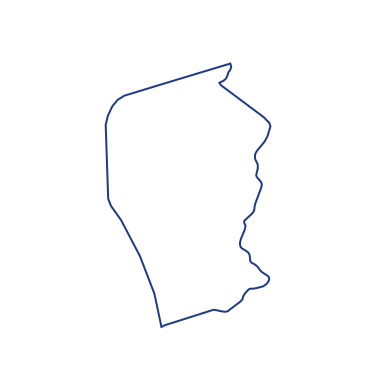 the District of Hhohho, rotated 310°
{"feature_id": "SWZ-534", "entity_name": "Hhohho", "entity_type": "District", "adm_level": 1, "iso_a3": "SWZ", "parent_name": "eSwatini", "parent_adm1": "", "projection": "orthographic", "projection_center": [31.368, -26.096], "detail": "fine", "context": "isolated", "style": "outline", "palette": "blue", "viewbox_px": 384, "rotation_deg": 310, "n_neighbors": 0, "source": "natural_earth", "source_scale": "10m", "svg_char_len": 1440}
<svg xmlns="http://www.w3.org/2000/svg" viewBox="0 0 384 384"><g transform="rotate(310 192 192)"><path d="M214.8,75.8L222.2,78.2L253.0,98.2L283.7,118.3L310.3,135.7L315.0,138.8L313.0,141.7L311.5,142.3L309.6,142.9L307.8,142.9L306.3,143.3L303.1,144.6L301.3,145.0L299.5,145.0L297.8,144.7L293.3,142.8L292.4,145.6L295.4,199.0L294.6,206.9L292.5,210.0L282.9,214.1L277.0,215.2L265.4,215.3L263.5,215.6L261.3,216.2L258.9,218.1L257.5,219.7L256.0,223.4L255.3,224.5L254.3,225.7L251.7,227.6L247.1,229.8L245.8,230.8L245.1,232.2L244.2,237.6L243.7,239.0L243.2,239.9L242.5,240.7L240.4,242.0L223.6,248.0L220.5,249.7L218.8,250.9L216.9,251.7L214.2,251.9L204.1,250.6L202.9,250.9L201.9,252.0L201.3,253.0L200.8,254.3L200.3,254.9L199.1,255.6L196.2,256.9L187.6,259.6L184.8,260.9L182.9,262.2L181.7,263.7L181.0,265.0L180.9,266.7L181.6,270.9L181.8,273.4L181.4,275.3L180.5,277.0L177.1,280.3L176.2,281.9L176.2,283.6L176.7,285.7L177.0,288.3L176.7,291.2L175.9,294.2L175.6,297.2L176.3,302.5L176.4,304.9L175.7,306.4L174.2,307.5L171.9,308.2L168.7,308.1L165.2,307.0L159.1,302.6L156.8,300.5L155.3,298.7L154.3,298.2L152.6,297.9L148.9,297.8L146.4,298.0L144.6,298.5L142.2,299.6L139.2,299.5L126.1,296.5L124.5,296.3L122.8,295.5L121.4,294.2L119.3,290.8L116.8,286.0L116.0,284.8L115.2,283.9L72.5,256.8L69.0,255.3L89.9,228.6L109.4,193.4L124.9,155.7L129.3,138.7L133.1,132.0L158.8,108.9L188.0,82.7L196.2,78.6L206.3,75.9L214.8,75.8Z" fill="none" stroke="#1e3a8a" stroke-width="2"/></g></svg>